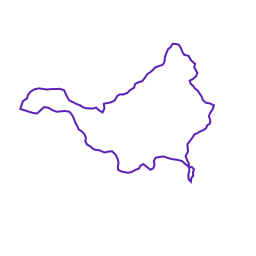 São João da Mata, Minas Gerais, Brazil (orthographic projection), rotated 334°
{"feature_id": "56859067B6905454256103", "entity_name": "São João da Mata", "entity_type": "district", "adm_level": 2, "iso_a3": "BRA", "parent_name": "Brazil", "parent_adm1": "Minas Gerais", "projection": "orthographic", "projection_center": [-45.93, -21.948], "detail": "fine", "context": "isolated", "style": "outline", "palette": "violet", "viewbox_px": 256, "rotation_deg": 334, "n_neighbors": 0, "source": "geoboundaries", "source_scale": "gbopen_adm2", "svg_char_len": 2037}
<svg xmlns="http://www.w3.org/2000/svg" viewBox="0 0 256 256"><g transform="rotate(334 128 128)"><path d="M165.7,189.9L167.1,186.3L167.1,182.8L167.4,178.6L171.5,175.6L172.9,172.2L174.2,168.7L177.8,166.8L181.6,165.0L184.8,162.9L187.6,163.1L190.8,162.7L194.4,162.9L198.0,162.5L200.4,160.3L203.4,160.0L205.3,157.3L205.9,152.7L209.1,150.1L212.4,148.2L215.2,145.3L212.2,141.6L209.1,139.5L207.6,135.8L207.9,131.7L207.5,128.5L206.9,124.9L205.5,121.9L205.1,119.0L203.8,116.0L204.1,112.5L208.3,112.4L212.0,111.2L214.5,108.8L214.4,105.4L214.1,102.3L216.4,99.8L214.3,94.8L214.1,89.7L210.8,87.1L210.2,84.0L210.6,79.8L210.2,75.4L208.0,73.6L205.0,71.9L201.8,74.0L198.4,74.8L195.4,77.4L192.4,80.3L189.7,84.6L186.6,86.5L183.0,85.8L178.8,85.5L175.7,86.8L172.2,87.7L169.0,88.0L165.1,90.3L161.3,92.2L158.1,91.5L153.8,91.5L151.0,94.5L146.5,94.8L142.9,96.2L138.4,95.8L135.4,94.2L132.2,94.5L128.2,97.4L123.5,97.4L119.7,96.3L116.9,95.6L115.4,100.1L111.9,102.9L109.7,99.4L108.3,95.7L104.6,95.0L101.7,93.4L99.0,91.9L96.6,89.5L94.7,86.3L92.3,84.0L90.0,80.8L87.3,77.4L86.9,71.8L87.2,66.1L83.6,62.7L80.0,61.3L76.1,59.4L71.8,57.8L68.3,55.3L65.2,53.3L60.8,52.2L56.0,52.7L52.8,54.3L50.2,57.2L45.5,57.7L42.4,60.6L39.6,63.7L43.1,67.0L45.8,69.7L49.6,73.2L52.7,75.0L56.7,73.9L61.6,72.4L65.3,74.8L67.8,78.7L71.0,82.1L74.4,83.4L78.3,84.8L82.5,87.7L83.6,92.9L83.3,97.6L83.0,100.9L83.3,104.2L83.0,107.6L84.8,110.5L86.1,114.4L85.9,118.3L83.9,121.0L83.9,124.9L86.3,128.3L87.5,131.7L89.6,133.6L92.4,135.4L94.3,137.7L96.4,139.8L100.2,140.7L103.5,141.9L105.2,146.7L105.1,151.6L104.2,155.3L102.1,157.9L100.7,161.2L102.6,163.7L105.2,165.9L108.4,168.3L112.1,169.1L116.6,168.9L119.8,169.3L122.5,167.4L125.9,167.1L128.0,171.5L129.8,175.3L133.2,175.2L135.6,172.9L136.7,169.1L139.7,166.9L143.3,167.8L147.8,169.3L150.2,172.0L153.5,174.9L156.5,177.0L159.0,178.7L162.1,181.5L163.8,185.7L165.7,189.9ZM161.0,203.8L162.9,200.9L165.7,199.4L167.0,196.2L169.2,194.1L168.3,191.2L165.7,189.9L164.3,193.5L161.4,196.9L160.1,200.9L161.0,203.8Z" fill="none" stroke="#5b21b6" stroke-width="2"/></g></svg>